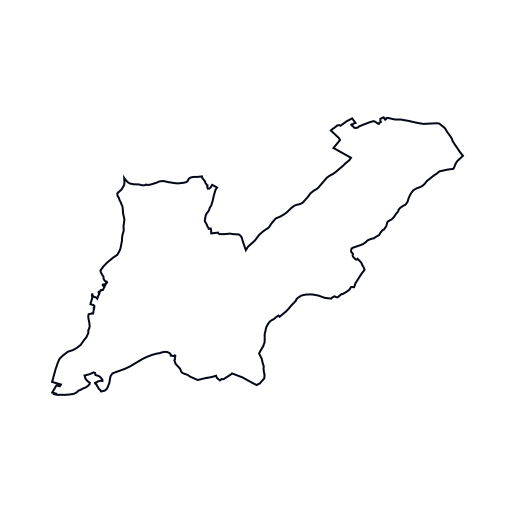 Atintis, Mures, Romania, rotated 175°
{"feature_id": "2599482B68806585606187", "entity_name": "Atintis", "entity_type": "district", "adm_level": 2, "iso_a3": "ROU", "parent_name": "Romania", "parent_adm1": "Mures", "projection": "robinson", "projection_center": [24.081, 46.406], "detail": "fine", "context": "isolated", "style": "outline", "palette": "ink", "viewbox_px": 512, "rotation_deg": 175, "n_neighbors": 0, "source": "geoboundaries", "source_scale": "gbopen_adm2", "svg_char_len": 6121}
<svg xmlns="http://www.w3.org/2000/svg" viewBox="0 0 512 512"><g transform="rotate(175 256 256)"><path d="M148.2,384.7L153.6,382.5L160.5,378.4L161.8,379.1L163.7,379.0L165.6,377.6L169.4,375.4L170.5,374.5L163.3,366.5L162.2,364.2L169.4,356.8L152.8,345.6L154.7,343.3L159.2,340.2L160.8,338.8L168.6,333.2L172.0,331.1L176.2,329.3L178.7,327.7L188.0,318.6L189.6,317.5L193.1,315.8L196.4,313.6L198.8,310.7L204.9,305.0L207.6,303.9L211.8,303.3L213.8,302.5L216.7,300.7L221.5,296.8L224.5,295.0L228.3,293.2L233.2,291.6L238.1,286.7L240.1,284.0L241.8,282.6L243.5,281.8L246.9,279.8L250.9,276.9L255.7,271.6L263.3,265.8L265.6,262.7L267.6,270.5L268.7,275.9L270.0,277.9L271.3,279.0L276.7,279.7L280.1,280.6L285.3,280.5L290.0,280.9L290.6,281.1L291.9,282.1L291.9,282.6L298.6,282.4L298.5,284.9L298.7,287.3L300.7,287.2L300.7,287.8L301.8,289.6L302.1,291.0L302.8,292.7L303.9,295.0L303.9,295.8L302.6,300.7L301.7,302.3L299.0,305.4L297.7,308.3L296.1,310.3L295.2,312.9L294.7,313.7L292.6,320.3L290.5,325.6L288.8,327.5L290.4,328.7L293.5,330.7L295.3,328.2L296.2,327.5L296.8,327.2L298.0,327.2L298.3,327.9L298.5,328.7L298.5,329.4L298.1,330.2L298.1,330.7L298.8,331.1L300.1,333.5L300.2,334.4L300.8,335.7L301.3,336.2L302.9,338.8L302.9,340.0L307.3,339.9L311.6,340.2L314.1,339.9L316.2,338.9L317.5,336.7L318.3,336.1L319.4,335.6L321.3,335.3L327.2,335.1L331.4,335.8L334.5,336.7L335.8,336.9L341.9,338.8L345.9,338.7L348.7,337.7L354.5,336.4L356.2,336.2L358.8,336.4L359.4,336.8L360.4,336.2L361.8,336.2L363.8,336.5L366.3,337.5L371.7,338.1L375.5,339.3L377.3,340.7L379.0,342.8L380.5,345.3L380.6,341.1L381.2,338.1L384.1,334.0L388.6,330.6L388.8,329.2L388.6,327.9L387.6,325.9L387.0,323.4L385.9,320.9L385.4,318.8L384.7,317.0L384.6,312.5L384.8,310.9L383.9,304.0L384.8,299.4L385.3,298.1L385.6,292.6L386.7,290.0L387.8,286.3L388.1,283.3L390.2,275.8L391.4,273.2L394.0,269.3L398.4,266.9L404.9,262.4L408.8,259.0L412.0,255.4L411.9,255.3L412.2,254.4L412.0,253.3L410.8,250.6L409.9,248.9L409.7,248.4L409.8,247.1L409.6,245.9L408.6,244.2L407.0,243.5L406.7,242.9L406.7,242.4L407.8,242.0L407.9,241.4L408.4,241.3L408.6,240.6L409.0,240.9L411.1,240.9L411.3,240.5L411.1,239.9L410.5,239.8L410.1,240.1L410.1,239.0L410.0,238.8L409.7,239.1L409.5,238.7L411.6,235.4L413.0,235.7L413.8,235.4L414.1,234.3L414.6,234.0L415.6,234.2L415.8,234.1L416.0,233.7L415.7,232.6L415.3,232.2L416.5,230.2L417.9,227.4L418.4,228.2L418.9,228.7L420.3,229.1L421.4,229.8L421.9,230.5L422.5,231.6L422.4,232.1L422.7,232.1L422.9,231.4L422.7,229.8L422.8,228.4L424.7,223.8L425.1,222.4L422.2,221.3L421.3,220.1L421.7,218.7L422.2,218.5L422.3,218.2L421.9,217.4L422.3,216.6L423.3,212.9L424.7,213.1L424.8,212.9L426.8,212.8L427.6,212.6L428.0,212.2L428.4,209.9L428.3,207.8L427.9,204.5L427.8,200.5L428.7,197.9L429.6,196.5L429.6,194.8L429.9,193.7L431.9,190.1L435.8,185.9L438.3,182.8L441.8,180.5L443.7,179.5L446.7,178.2L450.4,177.4L452.2,176.8L457.0,173.7L460.0,171.3L461.0,170.2L462.9,166.6L465.6,160.5L470.1,148.3L461.5,145.0L462.8,143.3L466.1,144.5L470.9,137.7L467.7,136.5L468.7,135.8L465.2,134.8L463.9,134.9L458.6,134.3L453.0,134.3L449.4,134.6L446.9,135.6L444.3,137.5L442.8,137.8L439.6,139.2L437.3,139.8L434.9,141.1L433.0,142.8L432.6,144.2L434.8,146.1L436.5,148.4L437.2,151.9L432.2,152.7L427.9,154.2L427.7,154.0L426.6,153.6L426.4,153.1L426.4,151.7L426.3,151.4L423.9,150.5L422.2,149.5L420.5,147.4L419.8,146.2L419.9,144.9L421.6,145.3L424.6,144.8L425.7,144.1L427.4,143.7L427.5,143.4L427.4,143.0L426.1,141.9L425.9,140.9L424.7,138.9L424.3,137.5L422.9,136.1L422.1,134.5L418.3,135.1L416.2,136.7L415.5,137.6L413.2,142.3L411.5,148.7L409.9,150.9L408.6,151.8L396.5,155.0L391.1,157.0L378.3,163.2L373.3,165.1L368.3,166.5L363.6,167.4L360.4,167.6L358.7,168.1L355.7,168.5L352.9,168.1L351.3,167.2L350.3,166.5L349.5,165.4L349.6,164.2L346.3,163.5L345.6,164.1L345.1,163.8L345.0,163.6L345.8,161.2L345.8,160.0L346.4,159.2L345.5,155.6L341.5,150.4L340.6,147.4L339.7,146.1L338.2,145.2L334.4,143.5L332.2,141.6L325.4,137.8L324.6,137.6L315.4,139.0L315.2,138.8L310.3,139.4L306.2,140.2L305.9,138.8L305.5,137.9L302.8,135.2L300.8,136.5L299.7,136.1L298.8,136.2L290.6,140.6L290.1,141.1L280.0,136.2L270.2,129.6L266.5,127.3L265.4,128.0L263.5,128.6L258.7,133.1L258.3,133.7L258.0,136.2L257.8,136.6L258.2,139.5L258.3,143.3L257.9,145.3L258.7,149.0L259.3,153.4L261.4,158.4L261.4,158.8L258.2,163.5L256.6,165.5L256.1,167.0L255.0,169.0L254.4,174.1L254.3,176.7L253.6,179.3L252.9,180.8L252.9,181.4L252.4,183.0L251.8,184.5L249.8,187.4L248.1,189.4L246.1,190.6L243.5,191.7L241.4,193.3L238.8,194.7L237.8,193.4L231.0,198.1L228.1,200.6L225.4,203.4L220.1,208.0L219.3,209.7L217.9,210.7L214.5,212.5L213.3,212.8L209.9,213.2L206.0,213.1L202.4,212.6L197.2,211.1L191.1,208.3L184.8,207.0L183.5,208.1L181.3,209.0L179.5,207.9L178.2,207.8L174.1,210.6L173.1,210.5L168.8,212.5L165.9,214.3L164.1,216.7L163.0,216.8L161.3,216.3L160.9,216.5L159.2,220.3L152.3,229.3L149.1,232.7L149.7,235.2L150.8,237.4L151.6,240.0L152.1,240.7L155.1,244.4L156.0,243.6L156.8,243.8L157.8,244.7L159.5,247.0L159.7,248.3L159.3,249.3L159.3,250.0L160.3,251.0L160.9,252.1L160.7,253.5L160.1,255.2L158.4,255.9L151.4,257.6L148.2,258.6L146.3,259.7L142.9,262.1L138.9,263.2L137.2,263.3L135.8,264.2L132.0,265.9L131.1,266.6L130.1,268.3L127.6,270.8L126.4,271.1L125.0,272.6L123.6,274.5L122.3,277.9L121.8,278.8L117.6,280.7L115.2,282.8L112.7,285.9L110.6,287.9L110.3,288.5L109.9,289.7L108.4,291.2L106.5,292.4L102.7,294.1L102.0,294.7L100.1,297.2L99.0,300.1L97.3,303.2L95.5,305.7L93.6,307.7L90.1,309.4L86.3,310.4L83.9,311.5L81.6,313.2L79.4,315.7L78.6,316.2L71.2,321.1L69.1,322.1L65.9,324.3L57.7,325.4L51.9,325.6L51.1,326.6L49.0,330.7L47.2,333.0L41.1,337.8L43.5,341.3L48.8,350.8L50.3,353.8L50.4,355.1L51.4,357.3L55.2,363.8L56.0,365.7L57.3,367.6L62.0,372.0L64.4,372.5L77.9,373.0L85.6,375.1L91.9,377.2L99.8,379.3L105.9,379.9L112.3,382.0L113.3,382.1L114.1,382.0L114.5,381.8L114.4,381.2L115.3,380.5L115.6,380.6L116.8,383.0L120.1,381.9L120.4,380.4L120.0,378.6L121.8,377.7L122.1,376.9L122.9,377.2L125.2,379.1L127.0,380.1L130.4,379.5L136.6,377.8L142.0,376.1L143.9,374.9L146.0,374.9L147.2,375.4L147.7,376.3L149.2,377.7L149.2,378.0L149.7,378.5L149.4,378.8L148.3,378.8L146.7,379.6L145.3,379.9L148.2,384.7Z" fill="none" stroke="#020617" stroke-width="2"/></g></svg>